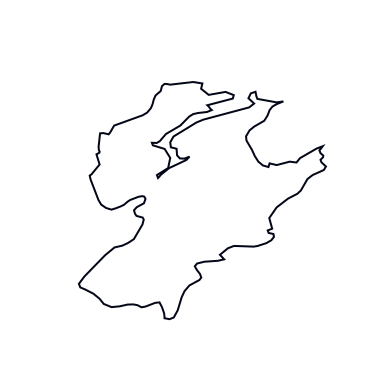 the Unitary Authority (wales) of Pembrokeshire, rotated 159°
{"feature_id": "GBR-2106", "entity_name": "Pembrokeshire", "entity_type": "Unitary Authority (wales)", "adm_level": 1, "iso_a3": "GBR", "parent_name": "United Kingdom", "parent_adm1": "", "projection": "equal_earth", "projection_center": [-4.902, 51.855], "detail": "fine", "context": "isolated", "style": "outline", "palette": "ink", "viewbox_px": 384, "rotation_deg": 159, "n_neighbors": 0, "source": "natural_earth", "source_scale": "10m", "svg_char_len": 2432}
<svg xmlns="http://www.w3.org/2000/svg" viewBox="0 0 384 384"><g transform="rotate(159 192 192)"><path d="M281.6,244.0L279.5,244.5L268.4,250.8L267.7,261.4L264.6,261.8L263.8,262.6L263.9,264.3L263.1,267.5L256.8,279.7L253.7,278.8L249.1,275.7L246.8,277.1L240.9,281.9L210.6,281.3L205.4,282.2L200.2,285.1L197.2,288.3L194.5,292.1L191.4,295.2L185.0,297.5L182.1,301.6L179.1,302.7L177.4,302.2L173.8,300.0L151.6,294.3L143.4,289.6L146.5,285.1L141.6,276.7L124.8,273.4L118.3,267.5L120.4,264.6L146.6,267.5L145.8,266.0L145.0,262.8L144.2,261.4L149.3,261.3L158.1,263.6L163.0,264.3L167.6,263.4L179.1,258.2L195.5,255.5L203.8,251.0L207.3,250.4L211.8,252.3L211.8,249.6L202.1,242.0L200.1,231.6L205.7,222.9L218.7,220.4L218.7,217.2L214.7,219.3L204.9,222.5L185.8,223.9L181.6,225.9L187.2,225.9L191.3,227.7L192.8,231.6L190.9,237.9L195.7,241.3L194.5,246.2L189.4,250.4L163.0,255.3L155.6,255.5L108.3,250.5L102.3,252.3L105.7,259.3L101.7,263.0L96.8,262.8L97.6,258.2L97.6,255.5L80.8,245.3L74.2,243.8L81.5,243.7L86.3,242.9L90.1,240.7L94.1,236.3L99.0,232.6L110.4,230.8L116.2,228.9L121.6,224.6L122.7,220.5L120.9,209.7L120.5,203.0L119.2,196.6L116.3,191.4L111.7,187.9L109.3,190.9L103.3,186.8L89.9,185.3L83.9,182.1L79.0,184.9L60.1,187.9L53.5,187.9L55.8,186.4L58.1,185.3L58.1,182.1L57.0,180.2L56.4,178.9L57.2,177.5L60.5,176.0L60.5,173.3L57.8,167.8L61.0,165.3L73.3,164.6L79.6,162.7L89.8,154.4L94.2,152.6L104.7,151.4L118.5,147.3L129.2,140.0L130.3,129.0L135.1,129.0L135.1,126.3L131.0,123.6L131.6,120.7L135.3,118.5L140.9,117.6L150.1,118.1L154.0,118.9L172.1,126.6L178.6,126.6L188.4,123.4L186.1,117.6L192.5,118.5L205.5,122.5L212.9,123.4L216.0,121.7L215.4,117.5L213.9,112.6L214.0,108.8L216.6,107.2L227.9,105.7L234.5,102.1L239.4,97.4L247.7,86.7L253.9,81.4L258.5,81.3L262.9,84.0L262.5,85.0L262.4,85.3L261.5,88.8L261.3,95.3L261.9,100.6L266.1,101.7L270.9,101.7L276.6,101.7L280.5,102.5L283.5,105.9L287.1,108.1L292.5,110.0L300.6,111.2L308.5,113.4L308.7,113.7L314.5,119.1L316.6,125.6L320.5,132.4L326.6,139.2L330.5,143.0L330.5,146.8L322.7,151.7L295.6,164.2L284.2,168.0L276.4,166.9L270.1,167.3L263.2,168.8L249.9,179.4L246.9,183.6L247.2,185.8L252.4,189.6L253.0,192.3L252.7,195.7L249.1,197.6L240.9,198.7L237.9,202.2L238.2,204.8L240.0,206.0L243.7,206.7L248.2,206.7L252.7,206.7L255.7,206.0L260.2,204.4L264.1,204.1L268.9,204.1L273.5,204.4L278.0,207.9L281.3,212.8L282.2,218.1L282.2,224.6L282.2,232.6L282.2,239.8L281.7,243.5L281.6,244.0Z" fill="none" stroke="#020617" stroke-width="2"/></g></svg>